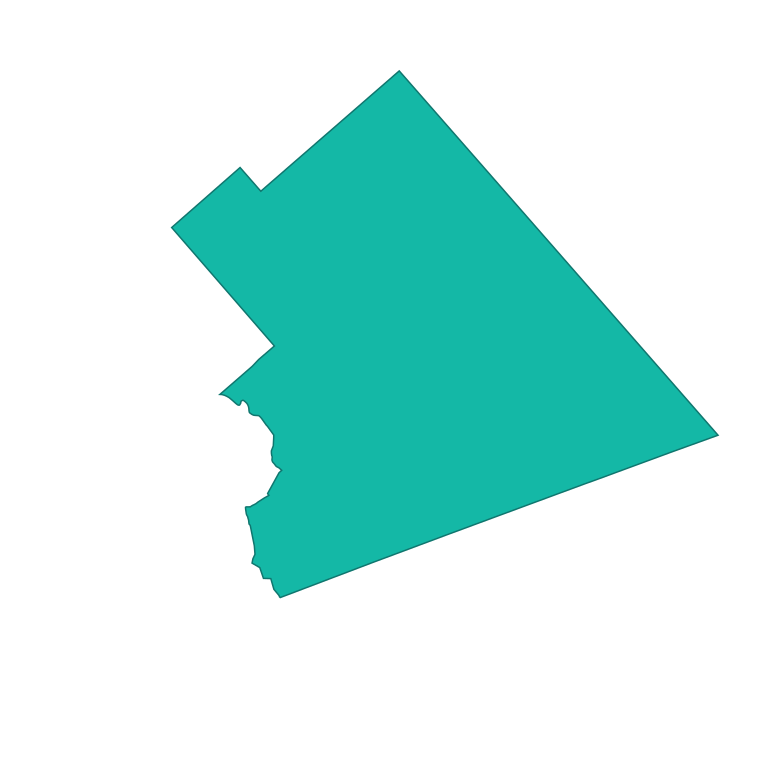 Yuma, Arizona, United States of America, rotated 319°
{"feature_id": "52423323B36944168134022", "entity_name": "Yuma", "entity_type": "district", "adm_level": 2, "iso_a3": "USA", "parent_name": "United States of America", "parent_adm1": "Arizona", "projection": "natural_earth1", "projection_center": [-114.473, 32.752], "detail": "fine", "context": "isolated", "style": "filled", "palette": "teal", "viewbox_px": 768, "rotation_deg": 319, "n_neighbors": 0, "source": "geoboundaries", "source_scale": "gbopen_adm2", "svg_char_len": 1443}
<svg xmlns="http://www.w3.org/2000/svg" viewBox="0 0 768 768"><g transform="rotate(319 384 384)"><path d="M253.3,284.2L253.7,284.6L254.8,285.7L256.3,288.0L257.3,290.2L258.2,292.8L258.9,297.3L259.4,301.4L259.8,303.5L260.2,304.4L261.0,305.1L261.5,305.1L263.6,304.3L263.9,303.7L265.1,303.2L266.7,303.6L267.2,304.2L267.6,306.2L267.8,308.4L267.6,310.0L267.2,311.3L266.7,312.5L265.8,314.0L264.5,315.7L263.8,317.0L263.7,317.6L264.3,320.1L265.0,321.8L265.9,322.9L268.6,325.6L268.8,326.1L269.0,327.5L269.0,329.7L268.2,337.8L268.3,339.4L267.3,350.2L265.2,352.5L259.8,358.1L259.2,358.4L259.0,358.5L255.1,360.6L253.6,362.4L252.3,364.4L252.1,365.2L251.6,365.9L249.6,367.8L249.1,368.9L248.8,369.7L248.8,372.8L248.6,374.8L248.7,375.8L249.7,378.3L250.2,382.0L246.6,382.1L224.3,390.3L224.0,392.0L224.1,392.4L223.2,392.4L219.0,391.5L211.5,390.4L211.3,390.4L208.8,390.3L205.9,389.6L205.5,389.4L203.8,389.1L202.5,389.0L199.5,386.4L199.0,386.2L198.6,386.2L197.5,387.6L194.9,391.7L194.5,392.6L194.0,394.8L193.4,395.9L192.5,397.9L190.3,401.1L190.3,402.8L190.2,403.1L180.0,421.0L174.9,427.9L170.4,429.9L166.9,432.6L169.8,441.1L165.5,451.6L170.9,456.6L166.2,466.7L166.0,475.0L165.5,476.0L165.6,477.1L257.9,511.1L331.6,538.7L470.1,591.1L479.3,594.7L555.4,623.6L602.5,641.8L602.0,473.2L601.7,378.1L601.4,285.7L600.9,157.7L417.5,157.7L417.4,126.2L326.4,126.6L326.2,283.4L305.5,283.3L296.1,284.2L253.3,284.2Z" fill="#14b8a6" stroke="#0f766e" stroke-width="1.5"/></g></svg>